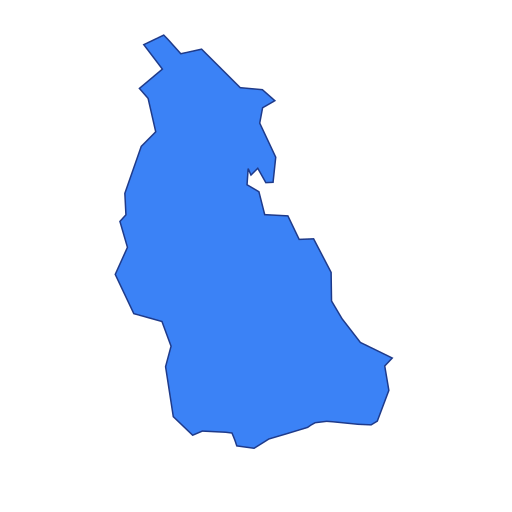 the district of Gjorche Petrov, Gjorče Petrov, North Macedonia, rotated 195°
{"feature_id": "65306769B13037945767817", "entity_name": "Gjorche Petrov", "entity_type": "district", "adm_level": 2, "iso_a3": "MKD", "parent_name": "North Macedonia", "parent_adm1": "Gjorče Petrov", "projection": "mercator", "projection_center": [21.316, 42.053], "detail": "fine", "context": "isolated", "style": "filled", "palette": "blue", "viewbox_px": 512, "rotation_deg": 195, "n_neighbors": 0, "source": "geoboundaries", "source_scale": "gbopen_adm2", "svg_char_len": 913}
<svg xmlns="http://www.w3.org/2000/svg" viewBox="0 0 512 512"><g transform="rotate(195 256 256)"><path d="M398.9,282.6L392.3,262.1L396.4,254.2L382.4,231.1L387.2,201.8L359.1,168.7L329.9,168.4L314.7,146.9L314.7,125.7L294.3,79.4L270.8,66.5L262.5,73.0L239.8,77.9L233.4,78.8L230.7,75.3L228.5,72.3L225.4,67.6L208.1,69.8L196.2,82.6L180.3,92.3L161.7,103.9L159.3,106.8L155.7,110.3L145.0,114.6L138.7,115.8L113.7,119.9L101.1,122.7L96.1,127.9L92.9,160.6L103.2,183.1L98.0,192.7L132.8,199.5L156.7,217.7L171.4,232.1L179.2,259.6L204.8,287.5L218.6,283.2L235.6,303.0L258.3,298.2L269.8,318.8L283.1,322.5L286.2,338.4L281.8,332.9L277.0,341.2L265.5,329.4L258.6,331.6L262.5,356.5L286.8,385.3L288.0,400.9L278.0,410.9L292.9,418.3L314.8,414.5L362.1,441.7L381.0,431.9L397.1,442.4L402.3,445.5L419.1,431.1L394.8,412.3L412.0,387.7L401.0,380.3L385.0,350.0L395.2,332.2L398.9,282.6Z" fill="#3b82f6" stroke="#1e3a8a" stroke-width="1.5"/></g></svg>